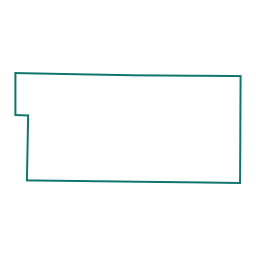 Conhelo, La Pampa, Argentina
{"feature_id": "61730980B19911830788880", "entity_name": "Conhelo", "entity_type": "district", "adm_level": 2, "iso_a3": "ARG", "parent_name": "Argentina", "parent_adm1": "La Pampa", "projection": "mercator", "projection_center": [-64.66, -36.033], "detail": "fine", "context": "isolated", "style": "outline", "palette": "teal", "viewbox_px": 256, "rotation_deg": 0, "n_neighbors": 0, "source": "geoboundaries", "source_scale": "gbopen_adm2", "svg_char_len": 582}
<svg xmlns="http://www.w3.org/2000/svg" viewBox="0 0 256 256"><path d="M15.4,115.0L16.7,115.1L27.4,115.4L28.1,115.4L27.7,139.9L26.9,180.4L61.2,180.8L68.5,180.9L88.5,181.1L90.7,181.2L102.6,181.3L111.4,181.4L119.0,181.5L125.2,181.6L129.2,181.6L130.0,181.6L132.6,181.7L133.5,181.7L197.1,182.4L240.0,183.0L240.1,176.1L240.3,143.5L240.4,111.3L240.5,97.4L240.6,76.1L219.3,75.9L208.0,75.8L187.3,75.7L135.7,75.3L134.7,75.3L91.4,74.5L59.2,73.9L17.6,73.1L15.4,73.0L15.4,74.5L15.4,85.1L15.4,94.2L15.4,95.6L15.4,98.8L15.4,109.1L15.4,115.0Z" fill="none" stroke="#0f766e" stroke-width="2"/></svg>